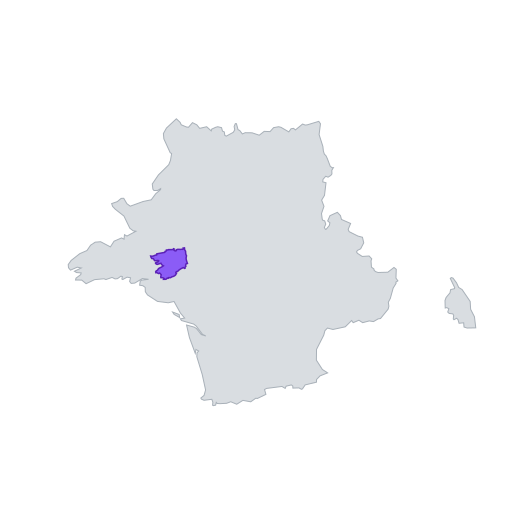 Maine-et-Loire highlighted on a map of France, rotated 335°
{"feature_id": "FRA-5321", "entity_name": "Maine-et-Loire", "entity_type": "Metropolitan department", "adm_level": 1, "iso_a3": "FRA", "parent_name": "France", "parent_adm1": "", "projection": "orthographic", "projection_center": [-0.78, 47.399], "detail": "fine", "context": "in_parent", "style": "filled", "palette": "violet", "viewbox_px": 512, "rotation_deg": 335, "n_neighbors": 0, "source": "natural_earth", "source_scale": "10m", "svg_char_len": 5966}
<svg xmlns="http://www.w3.org/2000/svg" viewBox="0 0 512 512"><g transform="rotate(335 256 256)"><path d="M363.5,208.6L360.9,210.4L359.5,213.7L357.8,214.6L354.6,215.0L352.9,213.2L349.2,214.8L347.8,217.0L350.4,219.2L343.7,230.0L339.1,233.1L338.6,239.7L333.3,245.2L331.6,250.6L331.5,251.6L333.1,253.2L332.7,256.6L330.0,259.0L330.2,261.2L331.0,261.4L335.4,259.3L337.0,257.1L335.8,254.5L340.1,250.7L348.2,250.8L349.6,255.1L348.9,259.0L355.5,266.5L350.8,270.8L350.7,273.3L356.8,281.0L360.4,284.0L359.2,289.6L353.9,293.7L350.3,293.8L348.8,294.8L349.1,296.5L352.1,301.3L358.5,303.8L359.7,307.5L358.2,309.0L355.9,314.9L357.4,317.6L357.0,318.9L357.8,320.7L359.6,322.5L368.6,326.4L376.2,324.7L377.5,327.3L373.5,335.2L374.1,338.5L371.7,338.8L371.4,340.0L366.8,343.0L359.8,351.2L356.4,353.8L355.2,357.7L353.3,360.0L342.4,365.3L340.2,364.6L334.8,365.1L331.2,362.7L324.5,361.5L322.1,357.7L315.9,357.5L315.4,354.9L307.0,357.9L294.7,355.1L290.3,351.5L286.9,352.8L283.9,356.4L271.4,366.2L266.7,375.9L268.2,386.9L271.5,392.2L263.4,391.7L258.7,393.5L257.5,395.9L246.1,393.6L241.9,396.1L240.8,396.0L239.2,393.7L233.6,391.3L234.4,389.4L233.6,387.8L228.3,386.7L226.5,388.3L224.4,385.2L209.7,380.5L207.3,380.6L206.5,385.6L197.0,385.7L195.7,384.8L189.6,385.9L183.1,381.3L175.9,382.2L171.5,377.4L167.2,377.1L161.2,374.7L158.5,373.3L158.1,371.9L156.4,374.1L154.1,373.6L153.6,372.9L155.1,370.3L155.4,367.2L147.9,364.8L146.0,362.6L146.0,361.4L150.0,360.4L153.7,356.1L157.2,340.6L159.8,322.3L161.6,318.8L163.9,317.9L162.1,315.3L159.8,318.6L161.2,301.8L163.9,289.2L170.0,294.4L171.4,296.6L173.2,304.1L176.7,307.3L174.4,304.3L172.2,294.2L170.8,291.4L161.2,283.0L160.9,281.0L165.1,282.1L163.4,275.8L162.5,262.6L156.7,261.3L147.5,255.5L141.2,245.4L140.6,241.6L142.3,237.6L140.9,235.1L138.2,233.3L140.4,229.9L142.2,229.6L148.8,231.7L143.5,228.4L134.7,229.3L131.3,228.1L130.7,225.7L133.1,222.7L130.2,220.7L125.3,221.0L124.7,220.2L126.2,218.1L125.0,217.2L120.9,218.0L118.6,217.2L116.5,214.6L110.0,213.9L108.6,212.4L99.7,209.2L90.3,209.3L87.9,204.2L82.3,201.5L83.5,200.0L89.3,198.8L90.4,197.4L86.4,195.2L85.0,193.1L92.6,193.0L89.3,190.6L81.9,190.4L81.1,187.4L82.2,184.4L86.6,181.9L97.3,179.4L105.1,179.6L110.7,176.3L116.1,175.5L121.2,177.4L127.9,186.2L133.6,182.6L141.8,182.8L143.5,185.0L145.8,181.1L147.5,183.4L157.6,182.8L155.3,181.2L153.4,177.5L153.2,164.0L148.2,154.1L147.0,150.5L147.3,147.5L153.2,148.1L158.2,146.8L160.5,147.8L161.1,154.1L163.1,157.7L176.8,158.9L184.8,160.8L191.4,157.2L197.6,155.5L198.1,154.6L194.5,155.0L191.2,153.5L190.8,151.9L192.4,146.9L201.8,141.3L215.5,136.4L218.9,133.2L222.8,127.5L221.9,126.1L222.0,110.9L223.8,105.9L228.9,102.2L241.8,98.0L243.7,102.8L243.7,105.5L247.4,109.6L249.2,110.8L254.8,108.3L257.8,112.1L258.9,116.5L265.9,118.0L268.3,123.7L269.5,122.3L273.9,122.3L276.0,122.7L279.0,125.1L278.4,128.6L279.7,130.2L278.7,133.5L279.7,134.8L287.7,134.3L290.0,132.7L290.9,129.4L293.2,127.3L294.2,127.8L293.1,133.9L294.3,135.4L295.2,139.6L298.3,139.7L304.5,142.7L310.0,147.9L316.1,146.5L321.3,149.2L326.2,147.1L331.1,148.4L333.0,149.9L338.2,157.4L341.5,155.5L344.0,156.2L345.0,158.4L354.0,156.1L355.9,158.1L357.9,158.8L369.8,160.5L370.3,163.4L364.5,172.6L362.9,185.0L361.4,189.4L361.0,192.6L361.8,194.7L361.8,198.0L361.2,206.0L362.3,208.2L363.5,208.6ZM426.4,365.1L426.4,370.2L428.6,373.5L430.9,387.7L428.0,395.0L428.3,403.4L424.8,414.0L416.9,410.5L414.5,408.3L416.0,404.3L411.6,402.8L412.2,399.0L411.5,397.2L408.5,397.4L408.2,396.4L410.1,393.3L409.9,391.6L406.8,389.7L406.1,387.8L408.5,385.3L407.1,383.4L405.5,383.1L408.5,376.2L410.8,373.9L416.2,371.4L418.2,368.7L422.1,369.5L422.7,368.8L422.6,358.4L423.9,358.1L425.2,359.3L426.4,365.1ZM161.6,276.5L160.8,279.5L157.1,274.3L156.7,271.5L161.6,276.5Z" fill="#d9dde1" stroke="#a8b0b8" stroke-width="1"/><path d="M164.7,219.9L165.3,219.7L165.8,219.1L165.3,218.6L162.4,217.6L162.1,217.3L162.0,216.8L162.0,215.8L161.9,215.3L161.8,215.0L161.6,214.8L161.2,214.6L160.7,214.5L160.4,214.1L160.4,213.0L160.3,212.5L160.5,211.5L161.7,212.3L162.9,212.6L165.4,212.7L166.4,213.1L166.6,213.0L166.9,212.2L167.0,212.1L174.6,214.1L175.0,214.1L175.2,213.9L175.5,213.4L176.3,213.5L176.6,213.5L176.9,213.4L177.3,212.7L178.6,213.2L178.9,213.3L179.3,213.2L183.4,215.1L183.7,215.0L184.3,214.5L184.5,214.6L184.8,215.1L184.7,215.1L184.3,215.4L184.2,215.5L184.2,215.9L184.2,216.3L184.6,216.9L185.1,217.3L185.7,217.5L186.2,217.2L186.6,216.7L186.8,216.7L188.0,216.9L190.5,218.2L191.3,218.4L192.5,219.0L193.1,218.9L193.3,218.0L194.6,218.4L194.1,219.9L194.0,220.3L194.0,220.8L194.1,221.4L194.2,221.6L194.2,221.9L193.5,223.6L193.4,224.0L193.1,224.9L193.0,225.2L193.2,225.9L193.2,226.2L192.6,227.2L191.9,228.1L191.7,228.6L191.6,228.8L191.4,229.3L191.0,231.2L190.7,233.8L189.5,233.6L189.1,233.7L188.3,234.7L188.2,235.0L188.1,235.5L188.0,235.8L187.7,235.9L187.1,236.1L186.9,236.4L186.7,236.6L186.5,237.1L185.9,237.0L185.8,236.8L185.7,236.6L185.6,236.3L185.5,236.0L185.2,235.8L185.0,235.7L184.7,235.7L184.3,235.8L182.9,235.8L180.5,236.1L179.8,236.4L178.5,236.8L178.2,236.9L177.7,236.6L177.4,236.6L177.2,236.6L176.7,236.8L176.3,237.1L176.2,237.3L176.3,237.5L176.5,237.9L176.6,238.1L176.5,238.3L175.5,238.8L175.1,239.2L174.9,239.2L174.5,239.4L173.0,239.6L171.7,239.5L171.1,239.3L169.7,239.5L169.4,239.5L169.2,239.5L169.0,239.4L168.1,238.8L167.8,238.7L167.5,238.6L167.3,238.7L167.3,238.8L167.2,239.1L166.9,239.1L166.5,238.7L166.1,238.5L165.2,239.0L164.2,238.9L162.5,238.1L163.2,237.7L163.0,237.0L162.2,236.3L160.6,235.4L160.9,234.6L162.2,232.8L161.9,232.1L161.7,231.2L161.4,230.7L160.8,230.8L160.2,230.7L159.0,229.0L158.2,228.9L158.3,228.1L158.4,227.9L158.5,227.9L158.7,227.7L158.8,227.7L159.0,227.5L159.4,227.3L160.4,227.3L160.8,227.2L162.2,226.3L163.0,226.1L166.0,226.1L166.3,226.0L166.5,226.0L166.7,225.9L166.8,225.9L167.0,225.9L167.3,225.8L167.5,225.8L167.6,225.7L167.8,225.7L167.4,225.1L167.0,224.2L166.8,223.2L166.8,222.4L163.0,221.9L162.5,221.5L162.0,220.7L161.9,219.9L162.3,219.7L164.7,219.9Z" fill="#8b5cf6" stroke="#5b21b6" stroke-width="1.5"/></g></svg>